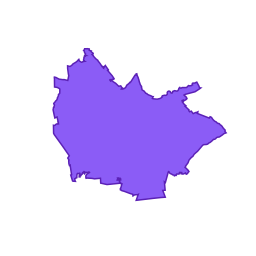 Targu Jiu, Gorj, Romania (Natural Earth projection), rotated 28°
{"feature_id": "2599482B9507292753009", "entity_name": "Targu Jiu", "entity_type": "district", "adm_level": 2, "iso_a3": "ROU", "parent_name": "Romania", "parent_adm1": "Gorj", "projection": "natural_earth1", "projection_center": [23.276, 45.047], "detail": "fine", "context": "isolated", "style": "filled", "palette": "violet", "viewbox_px": 256, "rotation_deg": 28, "n_neighbors": 0, "source": "geoboundaries", "source_scale": "gbopen_adm2", "svg_char_len": 5643}
<svg xmlns="http://www.w3.org/2000/svg" viewBox="0 0 256 256"><g transform="rotate(28 128 128)"><path d="M114.6,192.1L115.2,191.5L119.8,189.4L122.3,188.6L127.3,185.3L129.8,189.5L136.0,187.8L146.6,180.7L144.6,177.9L142.9,179.1L142.8,178.9L143.3,178.4L142.2,177.1L143.2,176.5L143.6,176.8L144.7,176.1L145.3,176.8L145.5,176.6L145.9,177.2L144.8,177.7L146.6,180.2L147.2,179.9L147.5,180.4L147.7,180.5L148.8,180.1L149.7,183.8L149.7,185.1L150.1,185.3L150.2,186.1L152.1,186.2L154.2,185.7L161.0,184.8L163.3,184.3L164.3,185.6L165.0,184.2L165.5,183.7L168.0,182.2L168.2,181.9L169.2,188.0L183.1,178.4L189.6,174.0L193.4,171.6L188.0,166.8L190.0,165.5L185.4,158.4L186.6,158.6L184.2,147.9L184.3,147.4L184.8,147.4L185.9,148.2L186.8,148.4L188.1,148.2L189.5,148.4L190.7,148.0L191.1,148.1L191.4,148.4L191.8,147.8L192.7,147.3L192.4,147.1L192.5,146.8L192.4,146.5L192.6,145.8L194.3,144.9L195.0,144.2L194.4,143.5L194.4,143.0L195.1,142.6L195.5,142.5L196.6,143.4L197.0,143.1L196.3,142.4L196.4,142.2L197.5,143.1L197.9,143.0L198.5,142.6L199.9,140.7L201.1,141.5L201.4,141.2L201.9,140.3L202.0,138.6L202.3,137.9L200.9,137.0L200.3,137.0L198.9,136.4L196.9,136.0L197.0,135.1L196.7,134.7L197.3,131.0L197.3,130.2L197.0,128.0L197.0,127.3L197.8,124.2L198.6,122.6L198.7,120.2L199.8,117.2L200.3,116.1L202.0,108.3L202.6,107.2L205.0,105.7L205.9,104.8L206.5,103.2L207.2,102.3L208.0,100.5L208.9,97.8L209.7,97.4L210.0,97.0L210.4,96.2L210.7,95.0L211.1,94.3L212.9,93.0L214.6,89.8L215.3,88.0L216.9,86.2L215.2,85.5L215.0,84.7L214.5,84.1L213.9,84.1L212.5,83.4L211.6,83.2L210.8,82.6L209.9,82.2L209.0,81.9L208.3,82.0L206.5,81.3L205.9,81.4L205.6,81.7L204.5,81.7L202.9,81.2L201.8,81.3L200.5,81.1L198.7,80.5L196.9,79.5L196.4,79.4L195.2,79.5L195.1,81.1L182.3,82.6L182.2,81.2L182.1,80.9L181.3,82.0L180.4,82.6L178.8,84.7L175.9,83.4L174.8,84.7L173.5,84.1L173.4,83.4L168.2,82.0L168.7,81.2L166.6,80.7L163.8,79.5L164.2,79.0L163.1,78.4L163.3,78.2L163.1,78.1L163.9,77.2L164.7,77.6L166.0,75.5L166.0,75.4L165.9,75.4L166.3,74.5L165.6,74.2L165.7,73.9L165.0,73.4L163.9,73.0L163.6,73.1L162.0,72.6L162.6,71.6L163.2,71.0L170.2,64.5L172.7,60.0L173.4,58.5L172.3,58.9L170.7,57.5L167.2,55.2L166.8,55.8L166.5,56.0L166.1,56.8L164.4,57.8L164.0,58.1L163.9,58.5L164.7,59.6L164.3,59.9L164.1,60.3L164.2,60.7L162.5,61.9L161.5,62.1L160.7,64.7L160.5,64.9L156.8,66.9L156.4,67.6L156.0,68.0L155.2,68.2L154.7,67.9L154.3,69.1L154.6,70.3L154.5,71.7L154.1,72.2L153.6,72.6L151.7,73.1L151.1,73.6L151.0,74.3L150.3,74.7L150.6,76.2L150.4,76.5L149.9,76.8L149.4,76.8L149.0,76.7L148.3,76.1L147.7,76.0L147.0,76.1L146.4,76.5L146.0,77.2L145.9,78.1L146.8,79.7L146.6,80.7L146.1,81.4L144.7,82.0L144.0,82.7L143.3,83.3L143.1,84.1L143.6,85.0L142.5,86.8L140.3,88.8L137.2,90.1L135.8,90.5L135.6,90.5L135.5,88.6L135.2,88.8L133.0,88.8L130.8,89.1L129.1,89.1L128.5,88.7L127.3,89.0L125.1,87.9L122.5,87.7L121.9,87.1L121.7,86.6L121.4,86.2L120.7,85.7L120.5,85.0L118.6,84.0L117.7,83.2L117.5,82.9L116.6,82.2L114.7,80.1L113.8,79.3L113.3,78.7L111.5,77.4L110.3,76.0L110.1,76.2L109.8,76.4L110.3,77.5L109.9,77.7L109.5,77.8L109.4,78.0L108.8,86.0L108.4,86.4L108.5,86.9L108.2,87.0L107.9,88.3L106.8,90.8L106.9,92.8L106.8,93.6L106.3,94.5L106.0,94.8L106.0,95.1L105.6,95.6L105.7,95.2L105.2,95.9L104.4,96.5L104.1,96.4L103.8,96.6L103.8,96.4L104.4,95.3L103.4,95.1L101.8,94.2L100.2,95.5L96.1,94.3L93.1,94.1L92.1,93.8L91.0,94.0L90.7,94.7L90.4,94.6L90.3,94.4L89.5,94.2L89.4,93.8L90.7,93.0L91.2,93.0L91.1,92.8L91.5,92.3L92.0,91.6L92.3,91.8L92.5,91.8L92.6,91.0L89.5,89.3L82.9,86.7L83.4,85.9L78.7,83.5L78.7,83.8L78.4,84.1L78.4,84.7L78.2,84.9L78.5,85.2L78.2,86.3L78.4,86.7L78.2,86.7L76.7,85.6L76.4,86.0L73.1,84.2L69.5,82.6L69.5,82.4L67.1,82.0L64.0,80.9L63.4,80.6L63.4,80.4L63.2,80.3L61.7,80.0L61.9,79.5L62.4,78.8L62.3,78.6L61.7,78.5L61.6,78.2L60.3,78.1L59.6,77.9L59.5,77.2L57.3,77.6L56.7,76.4L55.0,77.0L52.5,78.4L52.6,79.5L52.5,80.4L53.0,80.3L53.4,80.7L53.6,81.1L54.5,82.0L55.6,82.5L55.6,82.9L55.9,83.4L56.3,83.6L57.0,83.6L55.9,84.3L56.4,84.8L55.8,85.2L56.1,85.7L56.0,85.8L56.0,86.5L56.5,87.4L56.5,87.9L56.8,88.8L57.4,89.2L57.8,89.1L57.9,89.3L57.9,89.5L58.4,89.5L57.7,90.0L57.5,89.9L57.4,90.0L57.0,90.5L57.0,90.8L56.3,91.7L56.0,91.8L53.7,91.7L53.1,91.3L52.4,90.4L52.2,90.6L52.0,92.0L51.5,93.5L50.9,94.7L49.3,97.3L49.1,98.5L48.1,100.7L47.5,101.0L45.5,101.5L46.7,103.7L50.0,108.3L51.1,109.6L52.5,114.3L48.6,115.3L48.3,115.7L44.2,117.2L40.6,117.2L39.1,117.6L39.3,118.2L40.2,119.4L40.5,120.1L43.9,126.3L46.5,125.4L48.5,125.4L49.3,125.5L49.8,126.1L51.4,129.3L51.4,129.5L50.9,131.1L51.2,131.7L51.3,131.9L51.5,132.7L51.5,134.6L51.5,134.8L51.9,135.2L51.9,136.8L51.4,138.3L51.3,139.6L51.0,140.5L50.9,141.2L51.1,141.4L51.6,141.9L52.1,142.0L52.5,142.8L52.5,143.6L52.6,144.0L52.9,144.2L52.6,145.1L52.9,145.7L53.3,147.1L56.8,151.3L58.7,153.5L60.2,151.6L63.6,155.5L63.4,155.6L64.7,157.0L64.1,157.5L63.7,157.5L62.9,158.1L62.1,160.0L61.5,160.5L60.9,160.6L64.5,167.1L64.9,167.7L66.1,168.5L78.7,174.7L89.2,180.1L88.9,182.8L90.9,184.0L90.8,184.3L91.6,185.8L91.8,186.0L92.6,187.3L93.6,188.3L93.9,188.6L94.4,187.9L95.1,189.0L100.1,195.7L99.5,196.4L103.7,200.6L103.9,200.8L104.4,200.8L106.6,199.8L105.8,199.2L104.8,197.8L105.8,196.3L105.7,196.0L106.1,195.8L104.8,193.2L104.7,192.5L104.7,191.9L105.3,191.8L106.5,190.6L106.8,190.6L107.5,192.4L107.6,192.6L107.2,192.7L107.8,194.1L108.6,193.8L108.1,192.5L108.3,192.4L108.4,192.6L108.8,192.3L108.7,190.9L109.2,190.5L108.9,188.8L109.2,188.4L109.3,187.8L109.7,187.7L109.7,187.1L110.3,187.1L110.2,188.6L111.0,188.9L111.0,188.5L111.6,187.1L111.9,186.8L113.5,186.0L113.8,185.5L114.0,185.6L114.7,185.1L114.9,185.2L114.9,185.4L113.2,188.3L113.1,189.0L113.3,189.6L113.2,190.0L114.0,191.4L114.4,192.0L114.6,192.1Z" fill="#8b5cf6" stroke="#5b21b6" stroke-width="1.5"/></g></svg>